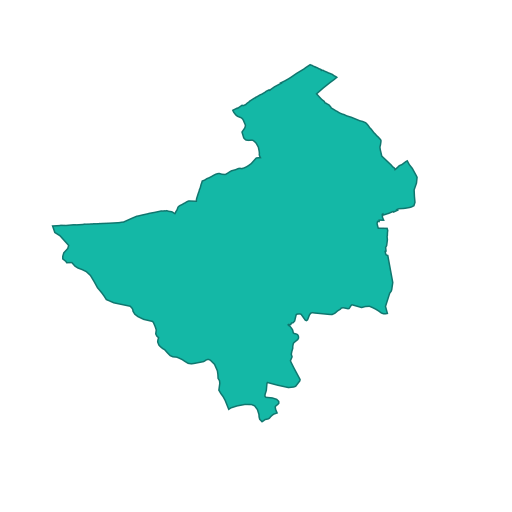 Farliug, Caras-Severin, Romania (Robinson projection), rotated 337°
{"feature_id": "2599482B98353874095060", "entity_name": "Farliug", "entity_type": "district", "adm_level": 2, "iso_a3": "ROU", "parent_name": "Romania", "parent_adm1": "Caras-Severin", "projection": "robinson", "projection_center": [21.876, 45.494], "detail": "fine", "context": "isolated", "style": "filled", "palette": "teal", "viewbox_px": 512, "rotation_deg": 337, "n_neighbors": 0, "source": "geoboundaries", "source_scale": "gbopen_adm2", "svg_char_len": 6100}
<svg xmlns="http://www.w3.org/2000/svg" viewBox="0 0 512 512"><g transform="rotate(337 256 256)"><path d="M214.1,408.7L214.1,405.0L214.7,402.4L216.0,401.6L217.9,401.2L219.5,400.4L220.1,398.7L219.0,396.0L215.5,393.0L209.8,389.9L209.4,388.6L210.3,386.9L213.0,383.7L216.2,377.7L217.1,376.9L225.6,383.5L234.5,389.8L239.5,391.3L241.6,391.4L247.5,388.1L248.3,386.9L247.1,373.6L246.7,367.1L246.8,365.8L249.8,362.9L250.1,360.2L251.8,357.7L253.7,355.4L254.6,353.4L255.9,351.5L256.9,350.6L261.8,349.2L263.1,348.1L263.5,347.1L263.7,346.2L263.6,345.4L263.5,344.6L262.3,343.3L260.9,342.3L260.3,341.4L260.8,338.4L260.5,336.5L259.7,333.6L259.0,332.9L258.8,332.3L258.7,331.9L259.1,331.7L259.6,332.4L260.2,332.6L260.5,332.3L261.3,332.6L262.1,331.8L262.6,331.6L263.8,331.9L264.3,331.8L266.2,330.9L269.9,325.9L271.0,325.5L273.5,326.3L274.5,327.0L274.8,327.5L276.3,334.3L277.2,335.2L278.5,334.9L282.2,331.1L283.2,330.5L284.3,330.0L285.8,330.2L287.4,331.2L301.2,338.7L303.2,339.6L306.2,339.5L307.9,339.0L309.6,338.4L312.9,337.9L314.1,337.3L315.9,337.6L318.0,339.0L320.1,340.5L321.2,340.7L324.2,338.7L325.3,338.4L333.1,344.7L336.8,345.2L340.8,346.6L343.2,349.1L345.4,351.7L347.4,354.5L349.1,357.4L350.7,358.9L351.0,359.1L352.7,359.8L354.5,360.2L355.5,353.0L364.5,342.5L366.7,341.2L367.7,340.1L371.5,333.9L377.5,307.0L376.6,306.3L376.2,305.6L376.2,304.8L376.7,302.2L377.6,302.3L378.7,298.7L380.3,297.5L383.3,292.4L384.3,289.2L384.9,288.5L386.1,285.9L387.2,284.0L387.5,281.8L379.4,278.2L379.6,276.4L380.1,273.4L381.4,271.7L382.8,272.4L383.4,271.1L387.5,272.9L387.5,270.0L388.5,267.0L389.2,266.9L388.9,268.0L390.5,268.2L393.2,268.4L394.8,268.6L399.6,268.6L399.8,269.3L404.2,269.2L403.8,268.3L406.0,268.3L410.1,269.8L412.2,270.4L416.5,271.4L418.3,271.6L421.0,271.4L423.3,268.7L425.1,263.1L427.4,256.9L432.2,251.6L435.0,246.5L434.9,244.5L434.1,236.4L432.8,231.8L432.4,227.5L430.7,227.7L425.9,228.9L424.1,228.8L422.6,229.0L421.6,229.5L417.8,230.8L417.9,230.2L417.6,228.8L417.4,228.5L416.9,227.8L416.2,225.9L416.0,225.1L410.8,213.2L411.9,206.8L412.4,204.8L412.7,204.0L414.0,202.3L415.7,199.5L416.2,198.3L416.1,197.7L415.8,196.6L415.0,194.3L414.1,192.4L413.4,190.2L412.7,188.6L411.6,184.3L410.7,182.1L410.5,180.7L409.9,178.4L409.0,176.2L406.7,173.8L404.9,172.5L404.2,171.9L398.0,165.6L394.1,162.3L392.1,160.0L391.2,159.4L389.2,157.4L387.9,155.8L387.6,155.1L386.2,153.5L384.7,151.3L383.0,149.0L383.0,148.8L383.1,148.4L382.3,145.7L381.7,144.8L381.1,144.2L380.4,143.0L379.4,142.1L379.2,140.3L378.1,138.4L377.5,137.2L376.5,134.5L375.1,130.4L383.9,127.5L392.2,125.2L396.4,124.2L400.2,123.1L399.6,122.1L398.3,120.6L397.4,119.0L396.9,118.3L396.1,117.6L395.8,117.2L394.5,116.0L394.2,115.9L393.7,115.1L390.9,112.2L390.4,111.4L389.6,110.9L388.8,110.8L388.6,110.7L388.8,109.9L387.7,108.7L387.0,108.2L386.4,107.2L385.0,105.7L384.5,105.6L384.4,105.5L384.6,105.3L384.5,105.1L382.9,103.7L382.3,102.7L381.2,101.7L380.9,101.4L380.5,101.4L380.4,101.1L374.9,102.1L374.4,102.3L373.1,102.6L364.6,103.8L358.3,105.1L355.3,105.6L350.9,106.1L346.4,106.3L346.7,106.9L345.7,106.9L343.7,107.1L339.1,107.5L334.5,108.5L333.6,108.9L333.0,108.8L332.9,108.6L332.9,108.2L330.8,108.3L329.6,108.4L328.4,108.8L326.0,109.1L325.0,109.3L322.6,109.3L319.1,109.8L317.7,109.8L317.3,110.2L316.6,110.0L315.3,110.2L311.3,110.9L310.5,111.0L310.2,111.3L309.9,111.4L307.2,112.0L305.7,112.6L303.0,112.6L302.5,112.3L302.1,111.8L298.2,112.6L297.6,112.8L297.0,112.7L296.4,112.8L296.3,112.5L295.3,112.6L291.6,112.8L291.6,113.9L291.7,115.1L292.5,118.2L293.5,120.1L296.5,123.1L297.1,124.4L297.3,125.1L297.4,126.1L297.4,130.7L297.4,131.4L297.2,131.8L296.2,133.3L294.9,134.3L291.6,136.4L291.5,136.7L290.9,142.3L291.0,143.1L291.9,145.1L292.7,145.7L294.3,146.6L297.4,147.7L298.3,148.3L298.8,149.0L300.0,151.5L300.3,152.8L300.7,156.6L300.4,158.2L299.9,160.7L299.3,162.7L298.7,163.8L298.4,165.1L298.4,166.1L298.5,167.2L295.0,166.0L294.3,166.0L287.7,169.1L284.7,169.8L282.2,170.2L279.0,170.3L278.3,170.1L277.2,170.1L275.6,169.1L274.5,168.7L273.5,168.6L270.9,168.6L266.7,168.0L265.0,168.2L262.9,168.6L259.9,169.0L259.0,168.7L256.5,167.4L254.3,165.6L252.7,165.2L250.8,165.0L249.6,165.1L248.0,165.2L247.0,165.4L243.3,165.7L241.2,165.6L238.3,166.1L235.8,166.0L234.6,167.5L233.5,168.6L231.2,171.6L229.7,173.0L229.0,174.1L227.6,175.5L223.9,179.8L223.4,180.5L222.5,182.3L219.5,180.9L217.2,179.8L215.9,179.2L215.2,179.0L212.9,179.1L211.9,179.4L210.6,179.4L207.6,179.8L206.1,179.8L204.9,180.0L203.9,180.3L203.2,180.7L201.6,182.4L200.9,183.0L199.6,183.8L198.9,184.6L197.9,185.3L196.1,182.8L195.8,182.4L192.9,180.6L191.5,179.4L190.6,179.3L189.7,178.8L187.7,178.2L186.3,177.5L185.0,177.3L184.6,177.2L179.9,176.3L174.2,175.0L173.0,174.9L167.7,173.9L162.9,173.1L161.8,172.8L156.6,172.8L146.9,173.0L146.2,172.6L142.9,171.8L133.2,168.3L126.9,165.9L125.7,165.5L124.7,165.0L124.0,164.9L121.9,164.1L120.2,163.4L119.3,163.0L118.8,162.8L117.8,162.6L116.8,162.1L114.9,161.5L111.9,160.3L110.6,159.7L108.8,159.3L103.4,157.4L100.0,155.9L93.1,153.7L88.3,151.5L86.9,151.2L80.5,148.9L80.0,155.8L83.5,160.8L87.7,173.1L85.6,175.6L80.3,178.0L78.0,180.8L77.0,183.2L78.9,186.7L79.1,188.2L83.9,190.1L85.4,194.6L87.4,197.5L90.7,200.6L93.7,204.1L96.0,209.2L97.0,216.2L97.7,223.3L98.8,226.8L99.8,230.3L100.6,233.9L101.2,237.6L106.8,243.5L120.6,253.1L121.6,256.0L121.6,257.4L121.2,258.8L121.7,262.2L123.6,265.6L127.8,270.4L135.2,275.8L135.6,277.3L135.6,278.0L135.6,281.6L135.3,285.1L133.3,288.5L133.4,290.9L134.4,293.2L133.1,294.7L132.1,296.3L131.9,297.0L131.8,300.0L132.4,301.7L133.2,303.4L134.1,305.0L135.3,306.5L136.6,310.4L138.1,314.2L140.1,316.3L143.5,318.1L145.0,319.6L147.6,322.5L149.5,325.4L151.6,328.3L154.4,330.0L157.0,330.7L166.4,332.7L167.7,332.6L169.5,332.2L170.8,332.3L172.0,332.7L173.3,334.1L175.5,339.5L175.6,346.6L174.6,350.3L173.3,353.8L173.7,356.5L172.9,359.1L169.4,365.0L169.9,368.9L170.8,372.7L171.2,376.9L171.0,386.5L172.3,386.2L173.6,386.0L180.0,386.6L187.8,388.3L193.9,391.0L196.2,393.4L197.3,397.9L196.8,403.0L196.0,405.3L195.6,407.7L196.8,410.9L198.6,410.6L200.3,410.1L203.6,410.7L205.0,410.5L207.0,409.5L209.1,408.8L210.8,408.5L214.1,408.7Z" fill="#14b8a6" stroke="#0f766e" stroke-width="1.5"/></g></svg>